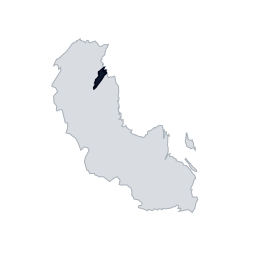 Piteå, Norrbotten, Sweden (highlighted), rotated 293°
{"feature_id": "70781695B63326994968930", "entity_name": "Piteå", "entity_type": "district", "adm_level": 2, "iso_a3": "SWE", "parent_name": "Sweden", "parent_adm1": "Norrbotten", "projection": "natural_earth1", "projection_center": [20.903, 65.376], "detail": "fine", "context": "in_parent", "style": "filled", "palette": "ink", "viewbox_px": 256, "rotation_deg": 293, "n_neighbors": 0, "source": "geoboundaries", "source_scale": "gbopen_adm2", "svg_char_len": 5191}
<svg xmlns="http://www.w3.org/2000/svg" viewBox="0 0 256 256"><g transform="rotate(293 128 128)"><path d="M61.3,169.0L62.1,170.8L64.0,170.5L64.8,169.3L65.9,165.5L64.9,161.3L66.6,159.8L67.8,157.5L70.4,156.9L73.9,154.2L74.4,151.4L75.2,149.4L72.6,143.4L72.5,141.9L76.9,141.1L79.0,137.1L76.1,134.5L71.5,132.0L73.5,124.3L71.7,120.2L72.1,118.4L71.9,115.8L73.1,114.7L71.1,110.7L73.4,108.0L73.1,106.6L79.8,101.2L84.1,100.2L92.0,101.0L93.9,98.9L94.1,97.7L93.4,95.0L89.1,93.4L94.1,88.6L98.1,83.9L99.0,79.3L99.9,77.3L99.2,72.9L104.3,72.4L108.9,70.6L108.3,68.2L118.5,60.7L118.9,59.4L118.2,58.2L115.9,55.9L116.6,54.9L119.3,54.3L120.6,53.3L122.7,49.8L128.2,47.1L134.1,48.9L136.7,45.8L136.7,41.6L138.8,41.2L154.7,43.8L157.4,42.3L154.7,41.4L157.4,39.7L158.2,38.7L158.5,37.5L158.4,36.8L156.2,35.3L161.3,35.1L164.0,35.8L164.2,36.7L175.0,41.7L183.6,43.7L186.0,45.1L186.9,46.7L188.3,46.7L189.8,48.2L191.5,49.0L190.1,50.1L190.2,52.4L190.6,53.5L189.8,55.5L192.6,55.9L193.0,57.2L191.6,58.4L191.7,59.8L195.3,63.9L194.4,65.3L194.1,67.0L192.5,68.3L192.2,69.6L192.5,71.3L193.1,72.1L194.7,72.7L197.3,77.2L194.6,77.5L192.6,76.9L187.8,77.4L186.5,78.1L182.9,76.3L180.8,77.3L179.4,76.4L178.2,77.9L177.9,79.9L176.2,79.7L176.8,80.5L174.5,80.8L174.3,81.1L174.8,81.6L174.1,82.2L170.8,82.4L170.4,83.1L171.3,83.9L171.3,84.4L169.3,83.6L170.7,85.1L170.9,86.2L166.5,90.4L167.9,91.5L169.1,93.9L170.4,95.0L169.9,96.1L165.2,98.8L162.6,103.0L156.8,105.7L153.7,106.4L151.7,108.4L149.4,107.8L149.4,108.9L147.9,108.2L146.6,110.0L144.5,111.5L142.2,111.2L142.0,111.5L142.7,111.9L140.0,112.3L139.2,113.8L137.3,114.2L136.9,114.7L138.9,114.8L138.5,116.1L136.2,116.7L135.4,117.5L134.4,117.5L134.6,116.9L133.1,116.9L132.6,116.2L132.4,116.4L133.3,118.4L132.6,119.3L133.9,120.1L129.8,122.1L127.3,121.3L127.0,121.9L127.5,123.7L129.6,125.1L128.3,126.0L126.8,130.1L127.7,132.5L124.8,132.0L125.0,132.9L124.1,134.0L124.4,135.6L124.1,136.7L124.8,137.6L124.4,138.1L124.7,142.6L125.4,144.5L125.1,146.0L126.3,146.8L128.7,147.0L129.4,148.3L132.6,147.5L134.8,150.0L139.0,152.2L138.7,153.5L141.4,154.6L142.9,156.5L143.5,158.0L143.3,159.0L139.0,161.7L135.8,163.4L132.4,164.5L132.6,164.9L134.2,165.1L138.3,163.8L139.4,165.0L137.2,165.5L136.8,167.0L135.8,168.0L126.8,171.5L125.6,172.6L121.6,174.3L114.4,174.2L113.3,174.6L119.5,175.3L120.9,176.6L117.9,177.4L119.2,180.5L118.4,181.2L118.2,184.6L117.2,184.7L116.7,186.1L117.1,189.5L117.6,190.5L117.4,191.5L115.6,193.8L116.1,196.6L114.0,201.6L111.8,204.6L110.0,208.5L108.1,209.9L105.9,209.0L102.6,209.5L96.6,209.4L95.8,209.8L96.2,211.2L94.1,211.0L90.2,214.0L90.0,215.5L91.4,218.4L89.5,220.2L85.4,219.8L80.0,220.9L75.2,220.0L75.9,219.0L76.4,215.2L71.2,207.5L73.8,208.3L74.8,207.9L73.3,205.4L75.6,205.3L76.3,204.4L75.9,202.9L74.2,202.3L72.7,200.0L71.1,198.8L68.3,194.3L67.4,191.2L66.4,191.5L65.7,188.0L64.1,187.4L64.0,183.8L62.3,183.5L61.3,181.8L61.3,178.7L59.3,178.3L59.6,176.8L59.3,171.4L58.7,169.7L59.3,168.4L60.4,168.3L61.3,169.0ZM144.2,185.8L143.2,186.1L142.7,187.1L141.3,187.6L141.0,190.7L142.2,191.9L140.9,192.4L139.9,194.1L137.5,195.2L136.5,196.3L136.0,197.8L133.8,198.6L135.4,196.3L133.4,193.7L134.0,192.7L133.9,189.7L138.3,185.8L140.3,185.4L141.2,185.8L141.6,184.9L142.2,184.7L144.2,185.8ZM115.9,207.5L114.8,208.2L114.5,207.3L114.7,203.6L117.2,199.3L118.3,198.9L121.3,193.0L121.7,192.7L122.7,193.0L121.9,193.6L121.9,194.6L120.0,197.7L119.5,199.8L118.8,200.3L115.9,207.5ZM145.0,184.6L144.8,185.4L143.8,184.7L144.8,183.7L146.9,184.0L145.0,184.6ZM140.3,162.1L138.9,163.4L138.7,162.9L139.0,162.2L140.3,162.1ZM137.2,169.1L136.5,169.2L137.0,168.3L138.0,168.1L137.2,169.1Z" fill="#d9dde1" stroke="#a8b0b8" stroke-width="1"/><path d="M156.6,79.8L156.7,80.0L156.3,80.3L155.9,80.5L155.4,80.7L155.0,80.8L154.7,81.0L154.2,81.0L153.9,81.0L153.5,80.8L153.1,80.8L152.8,80.7L152.4,80.7L152.1,80.6L151.7,80.6L151.2,80.9L151.1,81.1L151.0,81.4L150.7,81.5L150.9,81.7L151.4,81.9L151.7,82.0L152.1,82.1L152.4,82.2L152.7,82.4L152.9,82.5L153.3,82.6L154.0,82.7L154.6,82.9L155.3,83.0L155.7,83.1L156.1,83.2L157.2,83.5L158.2,83.7L158.8,83.9L159.4,84.1L160.1,84.2L161.1,84.5L162.3,84.7L163.1,84.9L165.1,85.2L166.8,85.4L167.4,85.5L167.9,85.7L168.5,86.1L169.0,86.3L169.6,86.4L170.3,86.8L170.5,86.5L170.7,86.1L171.0,86.0L171.1,85.8L171.0,85.4L170.8,85.2L170.6,85.0L170.4,84.9L170.6,84.7L170.9,84.7L171.3,84.7L171.5,84.9L171.9,85.1L172.1,85.1L172.3,85.1L172.6,85.2L172.5,84.8L172.2,84.7L172.3,84.4L172.0,84.0L171.8,83.8L171.6,83.6L171.2,83.5L171.0,83.4L170.8,83.4L170.4,83.2L170.2,83.2L170.1,82.8L170.3,82.7L170.6,82.6L171.0,82.6L171.4,82.4L171.7,82.3L172.2,82.3L173.1,82.4L173.5,82.4L173.7,82.5L173.9,82.5L174.3,82.5L173.9,82.2L173.5,81.8L173.2,81.7L172.9,81.5L172.5,81.3L171.6,80.9L170.7,80.4L169.9,80.0L169.5,79.8L169.1,79.7L168.8,79.6L168.6,79.5L168.5,79.2L168.4,79.0L167.8,79.1L167.3,79.3L167.0,79.4L166.6,79.6L166.2,79.8L166.3,80.0L166.5,80.2L166.4,80.3L166.0,80.4L165.6,80.5L165.3,80.6L164.9,80.8L164.6,80.8L164.3,80.8L164.2,80.8L163.8,80.8L163.5,80.7L163.2,80.6L162.8,80.5L162.2,80.4L161.9,80.2L161.5,80.1L161.1,80.0L160.9,79.8L160.5,79.6L160.3,79.5L160.1,79.5L159.8,79.4L159.5,79.5L159.3,79.6L158.9,79.6L158.6,79.8L158.2,79.8L158.0,79.7L157.7,79.6L157.2,79.8L156.6,79.8Z" fill="#0f172a" stroke="#020617" stroke-width="1.5"/></g></svg>